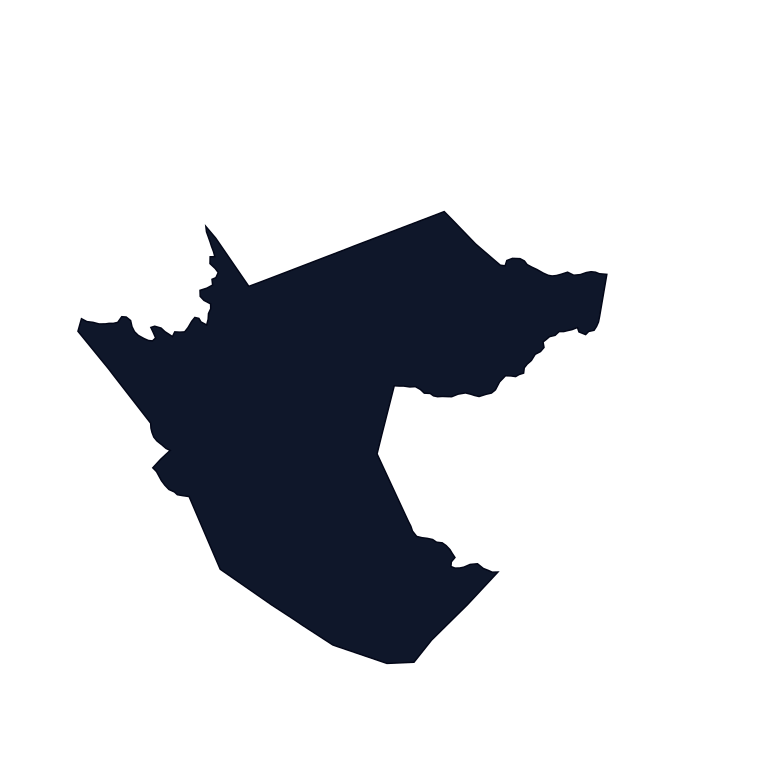 Coreaú, Ceará, Brazil (Mercator projection), rotated 232°
{"feature_id": "56859067B53706765399654", "entity_name": "Coreaú", "entity_type": "district", "adm_level": 2, "iso_a3": "BRA", "parent_name": "Brazil", "parent_adm1": "Ceará", "projection": "mercator", "projection_center": [-40.711, -3.684], "detail": "fine", "context": "isolated", "style": "filled", "palette": "ink", "viewbox_px": 768, "rotation_deg": 232, "n_neighbors": 0, "source": "geoboundaries", "source_scale": "gbopen_adm2", "svg_char_len": 2595}
<svg xmlns="http://www.w3.org/2000/svg" viewBox="0 0 768 768"><g transform="rotate(232 384 384)"><path d="M621.7,185.8L614.0,175.3L579.4,176.0L565.6,176.3L556.9,176.2L496.8,176.0L492.7,173.2L488.8,171.4L483.9,169.9L479.0,170.0L473.6,171.3L467.3,172.6L463.3,174.7L462.2,161.7L460.3,150.2L455.0,150.8L444.8,149.1L439.1,149.0L433.2,149.6L427.9,152.4L424.0,153.0L420.2,156.4L415.3,161.1L338.9,140.9L278.6,159.6L255.0,167.7L243.6,171.4L209.9,183.0L206.0,185.5L162.0,214.3L146.3,236.3L152.9,263.8L154.6,278.3L157.0,299.1L158.7,313.8L165.7,358.0L169.1,353.4L172.6,351.6L177.5,348.7L184.8,347.0L188.8,340.8L190.5,334.2L192.4,330.4L195.2,326.6L199.0,324.4L202.4,327.6L203.6,333.1L208.8,333.5L212.8,334.0L218.3,333.5L223.0,332.1L227.0,328.0L231.5,326.6L235.7,323.1L239.5,319.3L243.8,315.9L250.6,315.9L255.4,317.6L260.6,318.6L319.5,332.3L333.2,335.5L345.9,351.7L376.3,391.0L373.3,394.4L370.3,398.2L365.8,402.5L362.6,407.1L357.3,409.3L352.0,410.1L348.1,414.6L344.2,415.7L341.0,418.4L338.3,422.3L335.1,426.1L332.3,429.5L330.4,436.1L326.8,442.7L322.5,446.1L319.2,448.3L315.6,451.2L313.0,458.2L310.7,463.1L310.8,468.2L314.5,476.4L315.7,484.8L312.2,489.0L308.8,492.3L308.3,496.2L306.6,500.7L310.4,504.5L311.5,509.0L311.8,514.6L314.3,521.4L313.2,527.3L314.3,532.6L319.2,535.2L319.2,539.4L319.4,543.6L317.0,548.8L317.5,554.2L314.7,557.8L313.0,561.6L311.1,565.6L309.4,571.2L305.0,569.7L298.8,573.3L299.4,577.6L297.0,582.6L298.5,586.9L300.8,591.2L304.5,595.5L333.2,627.1L338.3,621.6L341.9,619.5L345.0,616.3L347.3,612.0L349.3,606.1L352.9,600.5L359.1,597.5L361.4,591.2L363.3,586.7L365.6,583.0L368.6,580.3L373.3,577.8L380.1,575.0L385.0,572.5L390.0,570.3L394.5,570.4L399.0,568.4L403.9,562.6L405.7,556.8L402.6,552.2L406.0,548.8L418.4,546.3L431.4,543.7L438.0,542.4L470.5,539.0L482.8,537.6L502.1,474.8L511.3,444.9L512.7,440.1L533.1,373.3L540.1,350.5L542.4,343.2L544.2,337.6L602.5,341.2L617.8,340.6L613.2,337.8L607.4,335.9L602.9,334.4L598.9,332.9L593.2,331.1L588.5,329.1L591.3,325.3L586.0,321.0L579.0,322.1L573.9,322.0L571.3,317.0L572.4,312.9L567.5,309.9L568.6,303.4L571.1,296.7L566.2,293.1L560.7,293.6L553.9,296.7L550.0,293.8L547.6,289.1L543.3,285.3L539.7,280.6L545.6,278.0L549.7,278.5L552.9,275.9L551.8,271.1L549.1,264.3L547.8,259.0L550.5,255.1L553.9,251.2L551.6,246.5L556.1,245.0L560.1,243.6L565.3,242.8L570.7,238.9L572.1,235.1L566.3,233.8L560.9,232.4L560.5,228.1L563.4,225.1L567.5,222.9L573.6,220.3L578.9,219.6L584.3,220.7L590.0,223.4L595.5,222.1L598.5,218.8L596.5,212.1L598.5,207.9L601.0,204.8L603.0,201.3L606.8,196.4L611.7,192.7L616.1,188.3L621.7,185.8Z" fill="#0f172a" stroke="#020617" stroke-width="1.5"/></g></svg>